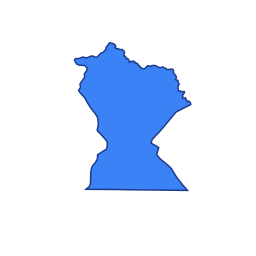 the district of Pio IX, Piauí, Brazil, rotated 225°
{"feature_id": "56859067B46069021860817", "entity_name": "Pio IX", "entity_type": "district", "adm_level": 2, "iso_a3": "BRA", "parent_name": "Brazil", "parent_adm1": "Piauí", "projection": "natural_earth1", "projection_center": [-40.649, -6.764], "detail": "fine", "context": "isolated", "style": "filled", "palette": "blue", "viewbox_px": 256, "rotation_deg": 225, "n_neighbors": 0, "source": "geoboundaries", "source_scale": "gbopen_adm2", "svg_char_len": 3027}
<svg xmlns="http://www.w3.org/2000/svg" viewBox="0 0 256 256"><g transform="rotate(225 128 128)"><path d="M100.2,189.0L101.4,189.8L102.4,190.2L103.4,190.1L104.0,189.9L104.5,188.5L105.9,189.2L107.4,189.0L108.0,189.8L108.9,189.9L109.3,188.6L110.1,187.9L110.9,187.9L111.5,189.1L112.6,189.5L113.0,192.6L113.4,193.3L114.1,193.5L115.9,191.5L117.1,191.1L117.9,190.7L118.5,189.7L120.1,191.1L121.5,191.9L122.3,193.5L122.7,195.0L123.4,195.4L124.3,195.4L125.2,195.7L125.9,196.7L126.7,196.9L127.5,196.1L128.6,195.8L129.0,196.9L129.7,198.1L130.7,198.7L135.0,199.2L136.1,200.5L137.0,201.1L138.4,200.9L139.3,200.2L139.5,198.9L140.4,198.5L141.4,197.1L142.0,196.7L143.4,197.1L144.2,196.2L145.6,196.1L146.4,195.9L147.7,193.7L148.7,192.7L150.1,192.4L152.8,191.4L153.5,191.0L154.3,190.1L155.3,189.0L155.1,188.0L155.9,187.3L157.4,186.7L158.1,185.8L158.3,184.7L158.1,183.1L158.2,181.7L158.6,181.0L159.7,180.2L161.5,180.1L162.6,179.4L163.3,179.6L164.1,180.2L165.1,179.7L165.8,179.8L166.7,180.3L167.3,179.9L168.2,179.7L168.5,178.8L169.6,178.8L170.1,179.6L170.8,179.2L171.5,179.1L172.3,178.3L172.2,177.3L172.9,176.6L173.7,175.5L174.0,176.4L175.1,176.6L176.5,176.6L177.3,177.0L177.8,176.2L178.9,175.9L179.9,176.6L181.1,176.7L182.0,176.1L183.4,177.9L183.9,179.0L184.9,179.4L185.9,179.7L186.9,179.2L187.8,179.4L188.3,178.5L189.6,177.5L190.5,177.3L191.2,177.2L192.0,176.1L192.6,175.7L193.5,175.9L194.4,175.9L194.4,177.2L195.6,177.6L197.4,177.5L199.2,176.6L201.3,175.3L200.7,171.6L200.6,170.0L199.9,168.7L199.4,167.7L199.1,166.0L199.1,164.2L199.3,163.4L200.2,161.6L200.0,158.7L200.0,156.5L200.4,155.5L202.3,154.5L203.4,154.2L204.6,153.2L205.4,151.9L206.2,149.7L206.6,148.8L207.9,147.6L210.4,145.9L211.0,144.1L211.5,143.2L212.2,142.1L214.1,140.0L214.2,138.7L213.2,137.9L211.5,137.4L209.8,137.0L208.3,137.3L206.2,138.5L203.2,141.3L202.2,141.6L200.6,141.6L199.5,141.3L198.7,140.7L197.9,139.7L197.1,135.4L195.6,134.1L194.8,133.3L194.3,132.0L193.6,127.6L193.3,126.1L193.0,125.2L192.5,124.6L190.8,123.6L190.1,122.6L189.6,119.8L188.9,119.3L185.1,119.0L181.6,118.9L179.2,118.6L175.4,117.4L171.5,116.5L169.0,115.9L168.0,115.7L164.5,115.3L161.4,115.0L160.0,114.6L159.1,114.6L157.2,114.0L155.7,113.1L155.0,112.6L151.9,109.9L150.2,107.7L148.9,105.5L147.7,104.3L145.6,104.3L144.2,104.4L141.8,104.2L135.7,104.0L133.4,103.6L131.6,102.3L129.6,100.1L128.3,98.0L130.4,88.6L130.6,87.6L128.2,85.0L127.8,84.3L127.2,82.7L126.6,79.8L126.5,78.3L126.3,76.5L125.8,74.8L124.9,73.1L122.9,70.2L117.3,64.4L115.9,62.9L115.2,61.9L114.7,61.0L114.3,60.2L113.9,58.6L114.0,57.8L114.3,56.5L114.4,54.9L91.7,77.3L87.6,81.2L65.5,102.8L41.8,125.9L45.3,126.2L47.9,126.3L49.1,126.4L52.2,126.8L57.4,127.3L58.1,127.5L59.5,127.7L60.2,127.9L64.4,128.9L65.9,129.2L68.5,130.0L71.9,130.0L79.6,129.3L83.1,129.0L84.2,128.9L88.9,129.5L92.0,135.1L92.3,135.8L93.8,135.6L94.5,135.5L98.4,134.4L100.8,133.6L102.7,136.7L103.0,141.7L103.0,144.0L103.1,147.5L103.2,148.4L103.3,151.1L104.0,158.4L104.4,163.3L104.9,168.6L105.3,173.2L102.8,181.1L100.2,189.0Z" fill="#3b82f6" stroke="#1e3a8a" stroke-width="1.5"/></g></svg>